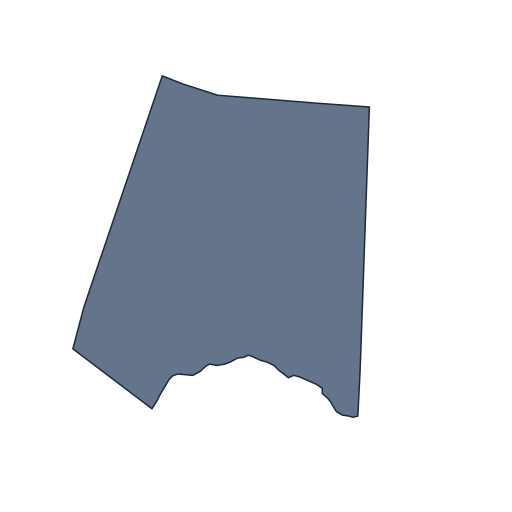 Alto Alegre do Maranhão, Maranhão, Brazil (Natural Earth projection), rotated 22°
{"feature_id": "56859067B93761697279907", "entity_name": "Alto Alegre do Maranhão", "entity_type": "district", "adm_level": 2, "iso_a3": "BRA", "parent_name": "Brazil", "parent_adm1": "Maranhão", "projection": "natural_earth1", "projection_center": [-44.362, -4.21], "detail": "fine", "context": "isolated", "style": "filled", "palette": "slate", "viewbox_px": 512, "rotation_deg": 22, "n_neighbors": 0, "source": "geoboundaries", "source_scale": "gbopen_adm2", "svg_char_len": 816}
<svg xmlns="http://www.w3.org/2000/svg" viewBox="0 0 512 512"><g transform="rotate(22 256 256)"><path d="M410.4,366.3L395.3,322.8L342.7,178.2L305.3,75.4L252.1,92.5L160.2,121.3L123.9,123.9L101.6,124.1L107.5,226.2L112.5,314.3L112.9,322.0L115.6,368.1L121.0,410.7L216.7,436.6L218.4,427.7L218.9,421.3L219.6,416.6L220.7,409.7L221.6,403.3L223.6,398.4L227.5,394.8L233.3,393.0L242.1,390.4L247.9,383.3L250.6,377.1L253.7,373.5L260.6,372.2L267.4,368.1L272.1,363.7L277.1,357.5L282.5,354.6L285.8,351.0L290.0,350.5L294.7,350.8L299.2,351.0L306.3,350.2L313.9,350.8L320.5,353.6L326.2,355.1L331.6,356.7L335.8,352.5L341.5,351.8L349.8,352.1L359.5,352.3L367.0,353.8L369.0,358.7L375.7,361.0L380.1,363.5L383.6,366.3L388.9,370.2L395.6,371.2L401.7,369.7L406.2,369.2L410.4,366.3Z" fill="#64748b" stroke="#1e293b" stroke-width="1.5"/></g></svg>